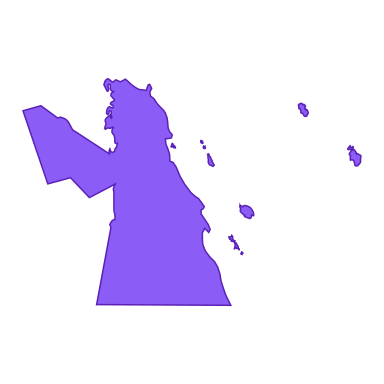 Mersing, Johor, Malaysia
{"feature_id": "92858781B22606211621135", "entity_name": "Mersing", "entity_type": "district", "adm_level": 2, "iso_a3": "MYS", "parent_name": "Malaysia", "parent_adm1": "Johor", "projection": "equal_earth", "projection_center": [104.05, 2.354], "detail": "fine", "context": "isolated", "style": "filled", "palette": "violet", "viewbox_px": 384, "rotation_deg": 0, "n_neighbors": 0, "source": "geoboundaries", "source_scale": "gbopen_adm2", "svg_char_len": 6018}
<svg xmlns="http://www.w3.org/2000/svg" viewBox="0 0 384 384"><path d="M47.8,183.9L70.5,177.7L89.4,197.6L115.1,184.1L113.9,186.8L113.3,189.1L113.7,191.0L113.9,193.6L113.9,207.3L114.0,211.1L114.8,214.2L115.0,217.4L114.8,219.5L113.4,219.9L112.0,220.8L110.8,222.5L109.8,224.6L110.8,226.7L110.7,228.8L96.6,304.7L97.5,304.6L230.8,305.3L225.9,295.4L223.2,287.8L221.0,280.9L220.0,274.3L217.8,267.3L214.6,261.7L209.7,256.8L205.3,250.9L202.8,244.6L202.4,239.3L202.4,232.7L204.8,228.4L208.7,232.4L210.2,229.4L208.2,224.5L201.1,213.9L201.1,210.0L203.3,208.7L204.3,206.7L201.9,203.1L198.4,198.4L195.3,196.5L191.1,192.8L184.7,184.3L180.1,176.4L176.2,167.1L173.2,162.5L170.0,161.2L169.5,154.0L167.8,148.7L165.9,144.1L165.4,138.8L168.8,138.5L171.5,137.8L172.2,134.8L169.5,131.5L168.1,127.9L167.6,121.3L167.1,118.0L165.4,113.1L163.7,110.5L158.8,105.5L156.6,102.9L153.9,98.6L150.7,96.3L149.7,92.3L151.7,88.4L149.7,84.4L148.2,84.8L146.3,90.4L138.9,89.4L135.8,87.7L132.8,85.7L130.1,83.4L127.4,80.8L125.2,79.1L123.8,80.1L120.3,81.8L115.9,79.8L112.9,82.1L112.0,81.8L109.5,79.7L107.8,78.7L106.2,79.6L104.9,81.4L103.9,84.7L107.2,91.2L108.3,90.8L108.6,88.5L108.0,86.6L108.1,84.7L109.1,84.3L110.4,84.9L110.3,87.4L110.5,89.7L112.2,91.3L113.5,91.7L111.2,93.3L110.9,95.7L113.1,98.3L114.2,99.3L114.4,100.5L111.1,102.4L110.6,103.2L110.5,104.2L111.8,105.1L112.6,105.2L113.2,105.9L113.2,107.2L112.5,107.9L111.1,107.5L109.5,106.7L108.3,107.2L107.2,109.0L106.8,110.6L106.5,113.6L107.9,114.6L108.8,113.7L109.2,111.4L110.1,110.7L111.1,111.4L111.3,112.5L110.9,114.1L111.5,115.6L111.9,117.5L111.2,118.3L110.5,117.5L110.4,116.0L110.2,115.0L107.2,117.3L106.1,118.4L105.3,119.6L105.2,121.4L106.1,123.1L105.4,125.8L104.6,128.3L105.3,129.2L106.4,128.8L107.7,127.9L110.4,128.4L111.6,127.5L112.9,127.1L113.3,127.7L112.4,129.1L112.0,130.3L111.9,132.1L112.6,133.5L113.8,134.9L114.4,136.5L114.9,139.7L114.7,141.5L115.2,143.1L116.1,143.5L117.4,143.3L116.5,147.0L115.1,148.8L114.8,150.4L114.3,151.6L112.7,152.3L111.8,152.3L110.9,151.6L109.9,148.9L109.1,150.8L109.5,153.9L72.6,129.8L68.1,121.5L65.8,119.4L64.5,118.6L60.8,117.2L57.5,117.9L40.9,105.7L23.0,110.8L47.8,183.9ZM240.0,205.1L239.8,206.9L240.3,207.0L240.5,207.9L240.3,211.4L241.6,213.0L243.0,214.0L243.7,215.0L244.8,215.1L244.6,215.7L244.5,216.4L246.5,217.5L248.6,218.0L249.6,218.6L250.3,218.3L251.3,217.3L251.6,216.7L251.4,215.1L251.9,214.9L253.6,215.6L253.8,214.8L253.2,212.1L251.8,209.5L250.8,208.1L250.0,207.4L247.7,206.1L244.8,205.5L244.0,205.6L243.0,206.9L241.6,205.9L240.4,205.9L240.0,205.1ZM356.1,153.5L356.3,153.2L356.4,152.6L356.0,152.1L355.4,151.6L354.7,150.2L353.8,149.6L353.5,149.1L352.9,148.9L352.8,149.4L353.1,149.9L351.3,150.8L350.9,151.5L349.5,153.2L349.3,154.0L349.3,154.7L350.6,155.6L350.5,156.6L350.2,157.7L350.3,158.9L350.5,159.3L350.4,160.0L350.6,160.2L351.3,159.8L352.4,159.8L353.5,160.5L354.1,161.3L354.1,161.8L354.4,163.0L354.8,163.9L355.0,165.4L355.9,166.0L357.5,165.8L359.6,163.7L360.3,162.6L360.5,161.9L360.6,161.2L360.5,158.6L361.0,156.1L360.4,155.2L360.0,155.0L359.5,154.9L358.6,154.2L357.5,153.8L356.6,154.3L356.1,153.5ZM302.0,103.6L301.0,103.3L300.3,103.5L299.9,104.0L299.0,104.2L298.4,105.1L298.6,105.7L298.6,106.5L298.8,106.9L298.9,107.4L298.8,107.7L299.0,108.3L298.9,108.6L299.2,108.8L299.9,108.8L300.4,109.7L300.9,111.2L300.8,112.6L301.4,113.1L301.8,113.0L302.6,113.3L303.2,114.0L303.4,114.7L303.7,115.0L304.0,115.7L304.5,115.9L304.7,116.2L305.2,116.5L306.2,115.9L306.7,116.1L307.0,115.8L307.1,115.6L307.0,115.3L307.3,114.3L307.9,114.0L308.2,112.8L308.0,111.8L307.7,111.5L307.7,111.0L307.4,110.7L307.3,110.4L307.0,110.3L307.0,109.8L306.8,109.7L306.3,109.4L305.8,109.7L305.7,109.5L305.4,109.7L305.1,109.3L304.9,108.7L305.1,108.3L305.1,107.8L304.7,107.4L304.7,107.2L305.0,106.4L305.5,106.2L305.2,105.8L305.0,105.3L304.1,104.5L303.8,104.5L303.3,104.8L302.9,104.8L302.7,104.5L302.8,104.2L302.4,104.0L302.0,103.6ZM208.5,153.9L208.3,153.8L207.5,154.5L207.5,154.8L207.9,155.3L208.2,156.0L207.9,157.3L208.4,159.8L208.3,160.7L208.2,161.5L208.3,162.5L209.4,164.7L209.7,165.0L210.3,165.0L212.9,166.4L213.8,165.7L214.2,165.1L213.9,164.4L213.4,164.0L213.1,163.1L212.8,162.9L212.5,161.9L212.0,161.5L212.1,160.4L211.3,159.5L210.9,158.4L210.8,157.8L210.5,157.1L209.1,155.7L209.0,155.3L209.1,154.5L208.9,154.3L208.5,154.4L208.5,153.9ZM231.7,235.4L231.4,236.3L231.1,236.8L229.7,236.8L228.8,237.0L229.8,239.3L230.2,239.3L231.1,240.0L231.4,241.2L231.7,241.3L231.9,240.9L233.0,241.6L234.1,241.8L234.5,242.1L235.1,244.6L235.1,246.1L234.1,249.3L235.3,248.0L236.2,247.7L236.4,248.1L236.7,248.0L236.8,248.3L237.0,248.2L237.2,248.5L237.9,248.5L238.5,248.9L238.7,249.5L239.0,249.8L239.2,249.7L239.2,248.9L238.8,248.5L238.4,248.4L238.3,247.7L238.2,247.6L238.3,247.1L237.8,245.8L237.0,244.8L236.3,243.1L235.7,243.3L235.2,242.8L234.9,241.6L234.9,241.2L235.0,240.9L233.9,240.6L233.7,240.4L233.5,239.9L233.1,239.5L232.5,238.0L232.5,237.4L232.8,236.7L231.7,235.4ZM350.6,146.9L350.5,146.2L350.1,145.7L347.8,148.6L347.8,149.3L348.1,149.6L348.8,149.6L349.3,149.4L349.8,149.4L350.1,149.6L351.1,149.4L352.0,148.4L353.2,147.6L353.3,147.2L352.9,146.6L352.1,147.5L351.0,147.5L350.6,146.9ZM173.7,145.9L173.7,145.5L173.2,144.8L173.1,144.1L172.6,143.9L172.4,143.7L172.2,143.5L171.8,144.2L171.9,144.8L171.4,145.6L171.1,146.8L172.1,147.0L173.0,146.6L173.3,146.8L173.7,147.7L174.5,147.7L175.1,148.0L175.4,147.9L175.3,147.2L174.5,145.9L174.1,146.2L173.9,146.2L173.7,145.9ZM201.4,141.1L200.9,140.6L200.7,140.9L200.8,141.4L200.7,142.1L201.1,142.7L201.6,142.9L201.8,143.2L202.3,143.5L202.8,143.3L202.9,142.4L202.7,142.0L202.5,141.3L202.1,141.0L201.9,140.7L201.7,140.7L201.4,141.1ZM204.6,146.4L203.7,146.1L203.7,146.3L203.2,147.1L203.2,147.3L203.5,147.8L203.6,148.2L203.8,148.4L204.3,148.6L204.5,148.4L205.1,148.4L205.3,148.2L205.4,147.4L204.9,146.9L204.8,146.7L204.9,146.3L204.6,146.4ZM242.8,253.3L242.9,253.0L242.8,252.7L242.3,252.3L241.7,252.0L241.6,252.8L240.9,253.4L240.9,253.6L241.0,254.0L241.3,254.0L241.6,254.4L242.0,254.5L242.1,253.7L242.5,253.3L242.8,253.3Z" fill="#8b5cf6" stroke="#5b21b6" stroke-width="1.5"/></svg>